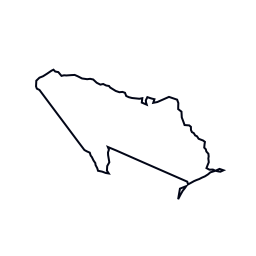 the district of Barreiros, Pernambuco, Brazil, rotated 37°
{"feature_id": "56859067B84066536969081", "entity_name": "Barreiros", "entity_type": "district", "adm_level": 2, "iso_a3": "BRA", "parent_name": "Brazil", "parent_adm1": "Pernambuco", "projection": "natural_earth1", "projection_center": [-35.237, -8.82], "detail": "fine", "context": "isolated", "style": "outline", "palette": "ink", "viewbox_px": 256, "rotation_deg": 37, "n_neighbors": 0, "source": "geoboundaries", "source_scale": "gbopen_adm2", "svg_char_len": 1670}
<svg xmlns="http://www.w3.org/2000/svg" viewBox="0 0 256 256"><g transform="rotate(37 128 128)"><path d="M27.0,141.1L26.3,145.4L29.5,150.1L31.5,151.4L34.4,150.9L63.9,159.5L68.8,160.9L93.5,168.1L98.0,169.4L106.4,171.8L109.3,171.4L112.3,170.7L114.8,172.5L116.7,173.0L120.0,174.7L123.0,175.7L124.4,177.1L127.6,178.6L129.8,180.2L133.6,178.4L137.3,177.3L140.0,175.9L136.8,174.7L134.3,170.9L133.7,166.6L128.4,161.6L126.7,159.5L125.8,156.8L123.3,155.3L132.3,153.0L153.2,148.1L169.7,144.2L207.6,135.2L209.9,136.9L211.5,133.4L212.7,130.7L214.0,128.4L215.6,125.9L217.0,123.0L218.5,120.4L219.8,116.9L220.5,113.8L221.8,112.0L223.6,109.5L220.8,110.1L218.1,112.3L214.8,112.8L213.8,109.3L213.1,106.7L210.5,104.0L209.5,102.1L207.7,100.2L204.7,99.6L203.0,98.2L200.7,97.8L198.9,94.9L197.8,92.8L195.5,92.8L190.9,94.1L188.1,93.1L186.1,93.5L183.6,92.5L181.5,92.8L179.5,91.7L177.5,89.2L175.3,89.1L171.4,91.6L168.7,89.8L164.6,87.2L160.9,82.8L156.7,82.7L154.8,80.1L153.2,77.8L150.2,75.8L142.0,78.5L135.8,89.6L133.0,92.7L131.8,89.1L129.3,90.2L127.0,91.0L124.9,91.7L125.6,95.2L127.1,96.8L128.9,98.1L123.7,99.4L121.5,95.6L119.5,97.8L113.2,101.6L110.1,102.9L107.3,103.5L104.4,101.7L101.9,102.5L99.6,104.6L95.9,105.8L89.4,106.4L87.5,105.9L85.0,107.2L81.7,107.8L79.8,110.0L75.8,110.7L71.0,110.2L68.2,111.5L66.0,113.6L61.5,116.1L56.9,116.9L53.5,117.7L51.1,119.7L47.2,123.1L45.2,124.4L43.5,126.4L38.7,125.3L35.9,126.7L33.4,126.3L32.4,128.3L30.7,133.3L29.0,137.8L27.0,141.1ZM210.9,154.7L210.3,151.1L209.9,148.5L209.5,145.3L209.6,142.2L209.5,139.4L206.0,145.2L210.9,154.7ZM223.6,109.5L226.3,108.3L228.1,107.3L229.7,104.3L225.7,105.6L223.6,109.5Z" fill="none" stroke="#020617" stroke-width="2"/></g></svg>